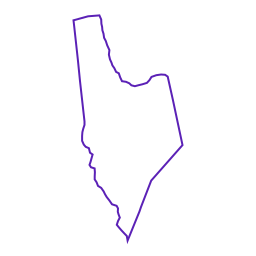 Groaíras, Ceará, Brazil
{"feature_id": "56859067B67706386881403", "entity_name": "Groaíras", "entity_type": "district", "adm_level": 2, "iso_a3": "BRA", "parent_name": "Brazil", "parent_adm1": "Ceará", "projection": "mercator", "projection_center": [-40.377, -3.916], "detail": "fine", "context": "isolated", "style": "outline", "palette": "violet", "viewbox_px": 256, "rotation_deg": 0, "n_neighbors": 0, "source": "geoboundaries", "source_scale": "gbopen_adm2", "svg_char_len": 1068}
<svg xmlns="http://www.w3.org/2000/svg" viewBox="0 0 256 256"><path d="M127.6,240.6L139.5,211.4L141.0,207.0L151.2,180.6L182.5,145.1L173.0,100.4L167.7,76.6L165.1,74.8L161.1,74.5L156.3,75.2L151.5,76.9L149.4,80.2L146.9,82.9L142.3,84.3L138.6,85.2L134.9,86.2L131.4,85.3L129.3,83.3L126.0,81.8L122.0,81.2L120.2,77.4L118.8,73.3L116.1,71.9L114.3,68.1L112.4,65.4L111.5,62.7L110.0,59.4L108.9,54.7L109.4,50.1L107.2,45.3L105.8,41.0L104.1,37.8L103.5,33.7L102.4,30.3L102.1,26.8L101.4,23.8L101.2,19.5L99.4,15.4L88.1,16.3L73.5,20.3L74.3,27.3L77.8,59.2L78.1,62.1L80.0,81.1L83.2,109.8L84.5,121.4L84.5,124.9L83.2,128.9L82.4,132.1L82.1,136.0L82.1,140.8L83.8,144.6L85.7,146.8L88.9,148.2L90.0,152.7L92.6,154.5L91.7,157.7L90.5,162.0L89.5,164.9L91.0,167.3L94.6,168.4L94.9,172.2L94.7,176.4L94.7,179.4L96.6,182.3L98.0,185.9L101.2,187.9L103.7,191.5L104.9,194.0L106.6,196.9L109.4,200.5L112.0,204.3L116.6,205.8L118.0,208.4L117.8,211.8L118.6,214.5L119.8,217.6L118.0,221.1L116.8,224.8L118.9,227.4L121.4,230.3L124.3,233.4L126.8,236.0L127.6,240.6Z" fill="none" stroke="#5b21b6" stroke-width="2"/></svg>